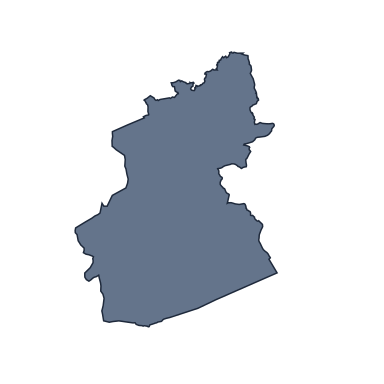 Eloxochitlán, Puebla, Mexico, rotated 285°
{"feature_id": "50627088B39067728533563", "entity_name": "Eloxochitlán", "entity_type": "district", "adm_level": 2, "iso_a3": "MEX", "parent_name": "Mexico", "parent_adm1": "Puebla", "projection": "mercator", "projection_center": [-96.905, 18.503], "detail": "fine", "context": "isolated", "style": "filled", "palette": "slate", "viewbox_px": 384, "rotation_deg": 285, "n_neighbors": 0, "source": "geoboundaries", "source_scale": "gbopen_adm2", "svg_char_len": 6005}
<svg xmlns="http://www.w3.org/2000/svg" viewBox="0 0 384 384"><g transform="rotate(285 192 192)"><path d="M292.6,145.3L292.1,143.7L289.6,145.2L288.8,146.3L289.2,147.8L285.4,149.5L285.2,150.1L284.9,150.1L284.4,152.1L284.5,152.6L283.4,153.3L282.9,152.4L280.6,151.4L278.8,150.6L278.7,148.5L276.8,146.9L277.1,145.9L273.1,137.2L271.6,135.7L272.2,134.9L271.2,133.5L271.7,132.2L273.0,131.0L274.2,126.8L270.8,124.3L268.7,122.0L268.3,122.0L268.2,122.0L267.7,123.3L266.5,124.2L266.4,124.6L266.0,124.7L265.3,125.3L264.8,126.5L262.9,127.5L258.3,128.6L255.8,130.1L255.2,130.1L254.0,127.7L252.1,125.6L251.2,126.7L240.2,112.5L229.7,99.5L228.1,99.9L225.2,101.0L221.0,101.4L215.4,103.1L215.0,104.4L213.2,107.8L209.9,117.3L206.1,119.1L199.6,120.4L197.1,122.3L192.4,124.5L188.0,127.0L183.8,127.5L178.8,127.1L168.1,115.9L156.3,113.7L155.5,110.5L157.8,108.0L147.9,108.6L145.9,107.1L143.8,104.5L140.7,102.0L135.6,96.9L127.2,88.9L124.6,89.1L122.5,89.8L121.1,92.0L115.4,94.7L113.4,96.9L112.1,98.2L109.9,102.3L107.8,102.9L105.3,102.8L104.5,105.7L104.7,108.7L104.3,112.3L103.9,113.6L101.9,113.4L100.3,114.2L98.1,114.7L92.6,113.3L86.0,109.4L83.0,110.2L81.8,110.7L80.0,112.7L79.2,115.5L81.0,117.1L82.9,118.3L84.3,119.5L85.4,121.4L87.5,123.4L84.9,124.7L80.5,127.2L77.6,128.4L72.7,129.5L70.3,132.4L66.5,134.6L59.2,135.6L53.8,135.7L50.9,137.2L44.7,140.0L44.8,145.8L46.4,149.1L48.6,154.7L50.3,169.0L51.0,170.8L49.7,172.3L49.4,175.3L50.0,178.4L49.8,179.5L50.1,179.8L50.5,180.5L50.7,182.8L50.8,183.4L50.7,183.6L50.7,184.1L50.5,184.4L50.6,185.1L50.7,185.3L51.1,185.5L52.1,185.6L52.4,185.5L52.7,185.7L53.4,186.7L53.7,187.3L54.8,188.9L54.9,189.2L55.6,190.0L56.5,191.7L56.9,192.1L57.5,192.6L59.1,195.9L60.0,196.5L61.0,196.9L62.0,197.8L63.4,200.0L65.0,203.0L81.2,227.8L94.1,242.9L135.9,295.1L147.0,283.7L148.7,284.7L149.1,284.4L150.1,283.1L151.8,281.6L152.9,280.0L153.6,278.1L154.8,275.8L156.4,274.2L160.1,271.1L161.3,269.8L162.6,269.0L163.4,268.8L164.8,268.7L167.7,268.1L169.0,268.1L170.6,268.3L172.0,268.4L173.6,268.6L175.9,269.1L176.9,269.2L178.8,268.5L179.3,267.9L180.4,265.8L181.5,263.9L181.1,263.7L180.9,263.1L180.9,262.4L181.3,261.5L182.4,259.6L183.3,259.0L183.9,258.9L184.3,257.9L184.7,257.3L185.0,256.9L185.1,256.6L185.0,256.3L184.8,255.9L184.6,255.2L184.6,254.8L184.8,254.5L185.2,254.4L186.1,254.3L187.0,253.9L187.7,253.5L188.1,253.1L188.2,252.8L188.4,251.7L188.8,250.8L188.8,249.9L189.2,249.5L189.8,249.2L190.1,248.9L190.3,248.4L190.5,248.2L191.4,248.2L191.7,247.8L192.9,247.3L193.3,246.8L193.7,246.6L194.0,246.2L194.2,245.6L194.2,245.0L193.8,244.3L192.2,240.8L191.7,236.9L191.8,234.6L191.8,232.3L191.3,231.3L191.3,231.0L191.2,230.3L190.9,229.8L190.2,229.0L198.8,228.7L199.3,228.4L199.5,227.9L200.0,225.8L200.8,224.8L201.8,224.0L202.8,223.3L203.7,222.5L203.7,222.0L203.6,221.4L204.3,220.8L205.0,219.5L205.8,218.3L206.6,217.3L208.3,216.8L209.6,216.8L210.2,217.0L210.8,217.0L211.2,217.0L211.9,217.6L212.9,217.7L213.5,217.6L214.0,217.0L214.3,215.8L214.8,215.0L215.7,214.2L216.4,213.4L217.1,212.9L217.8,212.9L218.9,212.6L219.5,212.3L220.1,211.9L221.0,210.8L221.2,210.7L222.3,213.2L223.2,214.5L224.7,215.7L225.9,217.0L228.7,222.1L229.5,223.0L230.0,225.3L229.9,226.9L229.3,228.7L229.0,229.4L228.6,229.7L228.5,231.2L228.1,232.4L227.6,233.3L227.5,233.6L228.0,234.2L228.8,234.7L229.2,235.5L229.8,236.3L230.1,237.1L230.5,237.9L232.0,237.7L234.3,236.6L235.9,236.0L236.9,235.6L237.8,235.7L238.5,236.3L243.4,237.3L246.3,238.2L247.2,237.1L247.5,236.5L248.2,236.1L249.3,235.9L250.0,236.2L250.6,235.6L250.8,234.4L250.9,233.1L250.8,229.8L251.8,230.0L253.0,232.4L254.4,234.7L256.2,237.5L258.8,239.2L260.3,239.4L261.2,240.2L261.9,241.3L262.6,243.2L264.6,248.0L266.4,250.3L268.5,251.8L270.0,252.3L271.4,253.0L272.0,253.0L273.6,252.7L275.4,253.5L276.5,254.1L277.6,254.2L278.7,253.6L279.1,252.7L279.1,251.8L278.4,250.4L277.7,248.4L277.2,246.2L276.5,242.2L276.7,239.8L274.9,238.1L274.1,237.1L274.1,236.6L274.0,235.9L273.6,235.3L275.1,234.3L276.3,234.1L278.4,234.1L278.7,232.9L280.5,232.8L281.2,231.9L282.4,230.7L283.0,230.7L283.5,230.3L284.0,229.8L283.5,229.5L284.5,228.2L286.3,226.8L287.6,226.4L288.7,226.2L289.5,226.6L290.1,227.5L291.6,228.2L294.0,231.3L295.8,231.4L296.3,231.4L298.0,232.5L299.5,231.7L299.2,231.0L299.7,230.7L299.7,230.8L300.1,230.6L299.9,230.3L300.1,230.1L300.3,230.0L301.2,229.9L301.6,229.6L303.0,229.1L304.0,228.7L303.8,228.3L303.9,228.1L304.3,228.4L305.1,228.1L305.5,227.7L305.9,227.5L308.2,225.4L308.5,225.2L309.9,224.9L311.1,224.9L312.3,224.6L317.2,221.8L321.6,217.6L324.1,218.0L325.1,218.0L328.9,216.4L329.6,215.6L330.1,214.4L330.5,214.2L331.2,214.1L331.6,213.9L331.9,213.9L334.3,212.4L335.1,211.7L337.6,211.0L338.2,210.7L337.9,207.3L338.2,204.4L339.3,205.2L337.8,199.9L337.8,196.4L336.9,195.8L336.7,194.6L336.9,194.4L337.0,194.2L337.4,194.0L336.8,192.9L336.3,192.3L336.0,192.6L335.2,192.7L334.4,192.6L333.4,192.3L331.8,191.9L330.7,190.7L331.9,189.4L330.7,188.4L329.9,187.8L330.6,186.5L328.9,185.9L327.9,185.6L326.8,185.5L326.6,184.9L326.2,184.2L325.5,184.3L325.4,184.5L324.3,184.4L324.2,183.6L323.9,183.3L323.1,183.1L322.6,183.6L322.4,183.6L322.2,183.7L321.3,183.0L321.0,183.0L320.7,183.9L317.9,184.1L317.5,183.6L316.4,184.7L316.3,184.0L315.5,181.6L315.9,180.5L315.9,180.2L313.6,178.6L312.5,176.9L312.3,175.5L311.3,174.5L310.2,173.8L310.1,174.1L309.3,174.0L309.5,175.1L309.1,175.3L309.2,175.5L307.8,175.6L305.8,175.6L305.5,175.1L305.3,174.9L304.2,174.8L303.1,175.3L302.5,175.8L300.6,175.5L300.0,174.5L298.6,173.9L298.1,173.4L297.9,172.8L297.1,172.7L297.2,172.2L296.4,171.6L295.7,170.3L295.4,170.0L296.0,169.3L295.9,168.3L295.3,168.6L294.7,168.3L294.3,168.3L293.9,168.1L293.6,168.4L293.4,167.8L291.6,168.3L290.6,168.0L290.5,167.8L290.2,165.3L290.3,165.1L291.2,164.0L293.3,164.3L294.1,165.3L294.4,165.5L295.6,165.3L296.6,165.0L297.7,165.7L298.3,164.9L297.3,163.1L297.0,162.0L297.2,161.7L296.3,161.7L295.2,159.2L295.5,158.7L295.7,157.9L296.1,157.7L296.2,155.2L296.7,153.3L295.9,152.6L295.6,152.2L296.7,151.4L296.5,150.0L294.1,147.8L293.3,146.5L292.6,145.4L292.6,145.3Z" fill="#64748b" stroke="#1e293b" stroke-width="1.5"/></g></svg>